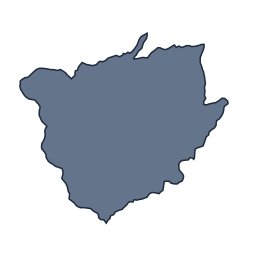 outline of Apiúna, Santa Catarina, Brazil, rotated 83°
{"feature_id": "56859067B74318633317115", "entity_name": "Apiúna", "entity_type": "district", "adm_level": 2, "iso_a3": "BRA", "parent_name": "Brazil", "parent_adm1": "Santa Catarina", "projection": "mercator", "projection_center": [-49.375, -27.12], "detail": "fine", "context": "isolated", "style": "filled", "palette": "slate", "viewbox_px": 256, "rotation_deg": 83, "n_neighbors": 0, "source": "geoboundaries", "source_scale": "gbopen_adm2", "svg_char_len": 3120}
<svg xmlns="http://www.w3.org/2000/svg" viewBox="0 0 256 256"><g transform="rotate(83 128 128)"><path d="M154.9,55.6L146.3,51.4L144.8,48.9L142.0,48.0L139.8,45.0L138.4,42.1L136.0,40.2L133.7,39.9L131.4,39.0L130.0,36.1L127.7,33.9L125.1,32.1L122.2,30.9L119.3,30.3L117.7,28.8L116.1,25.8L113.5,25.8L110.4,28.4L109.9,31.1L111.9,34.3L113.5,37.8L113.7,41.4L114.0,44.3L114.6,47.2L113.9,49.8L111.0,49.7L108.1,47.2L105.2,48.1L103.1,47.7L100.7,47.1L97.5,47.2L95.4,46.6L93.3,45.7L90.9,45.8L88.2,45.8L85.9,45.8L83.6,46.1L81.3,46.2L79.5,46.9L77.3,47.1L75.2,47.6L72.6,48.3L70.1,48.2L66.7,47.6L63.5,46.0L60.6,44.2L57.3,42.8L54.3,42.2L54.0,44.9L54.8,48.3L55.1,52.0L54.9,55.0L53.6,57.4L53.5,60.7L54.3,62.8L54.5,65.3L52.9,67.4L53.8,70.3L51.2,71.8L52.4,74.7L53.8,77.6L54.8,80.8L54.0,83.8L52.2,86.5L52.0,88.7L53.2,90.6L54.5,92.7L55.8,95.1L57.8,97.4L60.7,100.1L60.1,103.3L59.7,105.5L60.2,108.5L60.3,111.4L60.1,113.7L57.8,112.7L56.7,111.0L54.9,109.7L53.2,108.4L51.8,106.3L50.3,104.4L48.1,103.6L45.4,102.3L43.6,100.7L41.2,98.6L38.4,97.7L36.2,97.5L37.3,99.9L38.2,102.4L39.5,104.6L42.0,106.4L44.8,107.8L47.2,109.2L49.4,111.2L51.3,113.1L52.7,114.7L54.0,117.1L52.8,118.8L54.2,121.6L53.4,123.6L55.2,124.7L56.2,128.0L54.5,130.7L55.0,133.4L55.6,136.3L56.2,139.3L58.3,142.1L59.1,145.1L58.4,147.9L59.5,149.8L61.0,151.4L61.6,153.4L61.7,156.1L60.8,158.5L59.9,161.5L57.4,165.5L59.0,167.4L61.5,169.8L64.4,171.1L64.9,173.3L66.9,174.0L69.3,174.0L70.6,176.1L72.3,178.3L70.4,179.7L68.1,181.7L65.7,183.2L63.5,185.7L61.7,188.0L62.3,191.0L61.0,194.6L60.6,197.7L59.6,200.7L58.6,204.2L57.9,208.5L58.6,211.5L59.9,213.5L61.6,215.9L63.6,218.6L65.4,221.2L65.5,224.1L66.7,227.0L68.2,229.2L70.2,229.4L73.3,230.2L76.8,229.8L79.0,228.7L81.4,227.7L83.8,226.3L85.4,224.9L87.2,222.6L88.1,219.6L88.9,217.0L91.0,215.8L93.2,214.1L96.5,212.6L99.2,213.7L101.5,214.2L104.6,214.6L107.6,213.7L110.0,213.0L112.0,211.9L114.1,210.0L116.6,208.3L118.1,209.8L121.0,211.0L124.6,211.0L127.5,211.8L130.3,213.3L132.7,215.3L135.1,216.0L138.0,216.2L141.8,213.7L144.5,212.7L147.3,212.8L151.0,211.3L153.1,209.4L154.9,206.8L156.9,205.1L158.9,201.2L160.2,198.4L163.4,197.9L165.8,198.1L168.0,199.1L170.0,199.8L172.3,198.5L175.4,196.5L178.7,195.4L181.1,195.2L184.1,194.9L186.1,193.9L188.4,194.5L191.3,195.1L193.9,192.4L195.9,190.4L198.1,189.2L199.9,187.5L201.3,184.9L201.7,181.5L202.6,177.8L203.5,174.7L205.5,173.2L207.2,171.2L208.5,169.4L209.9,168.0L213.5,168.0L215.6,166.2L216.2,163.2L219.8,161.1L217.3,159.3L215.6,156.9L213.1,156.1L212.2,152.6L209.9,151.1L208.7,147.4L208.0,143.6L206.3,141.7L204.4,138.9L202.2,136.9L201.3,134.9L202.1,132.1L199.9,130.6L200.7,128.0L200.3,125.9L200.3,122.9L199.6,120.4L199.1,117.7L196.7,115.5L195.4,113.9L195.0,111.6L195.7,108.4L197.0,105.3L195.5,103.4L194.1,100.9L190.9,100.0L187.9,99.2L185.5,98.5L185.5,96.1L186.1,93.3L187.9,92.1L189.1,89.1L189.5,85.8L188.3,83.9L187.1,80.6L184.7,79.3L182.6,78.7L179.9,79.5L178.0,81.1L175.5,82.3L171.9,82.2L169.5,81.7L167.5,79.9L166.9,77.6L166.9,75.0L167.0,72.0L165.1,70.3L165.5,68.0L167.1,66.5L165.0,65.5L163.0,65.2L159.7,64.5L157.4,64.1L156.2,62.0L155.8,59.3L154.9,55.6Z" fill="#64748b" stroke="#1e293b" stroke-width="1.5"/></g></svg>